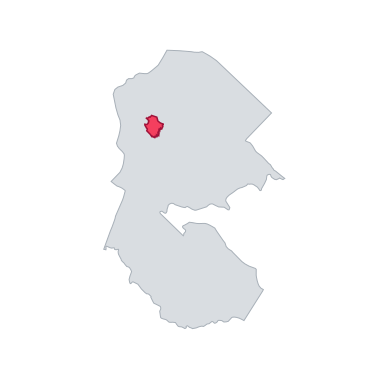 Namwala, Southern, Zambia (highlighted), rotated 134°
{"feature_id": "96606910B54328368707661", "entity_name": "Namwala", "entity_type": "district", "adm_level": 2, "iso_a3": "ZMB", "parent_name": "Zambia", "parent_adm1": "Southern", "projection": "equal_earth", "projection_center": [26.749, -15.957], "detail": "fine", "context": "in_parent", "style": "filled", "palette": "rose", "viewbox_px": 384, "rotation_deg": 134, "n_neighbors": 0, "source": "geoboundaries", "source_scale": "gbopen_adm2", "svg_char_len": 6553}
<svg xmlns="http://www.w3.org/2000/svg" viewBox="0 0 384 384"><g transform="rotate(134 192 192)"><path d="M240.6,257.5L227.9,257.5L223.3,258.9L219.5,260.9L215.0,264.1L212.4,266.3L211.7,267.5L211.3,270.3L211.3,274.4L210.8,277.5L209.4,280.2L202.6,283.6L198.1,286.3L193.7,289.5L190.3,293.7L188.0,298.8L184.3,305.2L176.4,316.6L171.8,318.7L168.0,318.2L163.4,315.8L159.7,315.4L157.0,316.8L154.5,316.4L152.2,314.0L150.2,313.1L148.7,313.8L146.7,313.7L143.0,312.4L139.8,308.3L138.1,306.6L136.8,306.0L133.0,305.3L124.3,304.4L115.3,306.4L107.4,308.5L99.3,299.4L91.5,289.9L89.8,287.4L86.9,284.2L84.7,282.7L83.9,281.9L81.7,273.3L80.5,265.5L79.9,189.7L115.6,189.7L117.9,189.3L118.0,188.5L116.3,184.5L116.4,183.0L116.8,180.3L118.4,174.8L118.5,172.9L117.7,166.9L117.8,163.6L118.2,156.8L117.9,154.5L118.8,151.4L119.0,149.4L119.4,148.5L118.9,146.2L118.2,138.1L117.8,134.7L119.9,135.2L120.6,136.9L121.1,138.7L122.0,138.8L124.6,139.9L125.5,141.4L126.1,144.6L125.7,146.3L124.9,147.6L125.7,148.8L127.4,149.6L128.4,149.4L131.3,147.2L133.9,146.3L135.3,145.8L141.2,144.3L142.4,143.5L143.2,143.5L143.8,144.2L143.3,146.5L143.1,148.5L143.8,152.3L144.4,154.1L145.6,155.4L146.5,156.1L147.5,157.5L149.5,157.3L154.1,159.2L155.4,160.1L157.4,161.0L158.7,161.4L163.4,162.1L168.3,163.1L170.9,163.2L172.7,163.0L173.9,162.4L174.7,161.8L175.1,161.3L176.9,154.0L177.9,153.4L179.1,153.0L179.8,153.7L180.6,158.3L184.2,162.4L185.4,165.9L186.3,168.9L187.0,169.7L188.4,170.7L190.5,171.1L192.5,171.2L202.0,176.3L203.1,177.2L204.3,179.9L205.0,183.0L205.7,185.4L206.9,185.9L208.0,186.1L209.1,187.7L210.0,189.2L212.8,195.2L213.2,197.5L214.5,199.1L216.4,199.8L218.1,199.9L219.1,199.2L221.6,198.0L223.5,196.5L224.9,196.1L225.7,196.3L226.3,197.3L226.7,200.3L228.1,201.3L229.1,200.9L229.5,199.8L229.5,199.2L229.6,167.9L228.7,168.1L227.6,169.0L225.1,169.1L224.1,169.8L223.8,170.8L224.0,172.1L224.0,173.8L223.6,174.7L222.5,175.0L220.9,174.3L218.0,173.4L215.6,172.9L213.8,170.5L211.5,167.0L210.0,165.2L206.2,161.5L205.6,160.8L204.5,159.0L203.5,156.1L202.6,152.7L202.1,150.5L203.0,147.2L205.2,136.3L205.7,132.9L207.5,129.5L207.7,126.4L206.9,122.5L207.1,120.3L207.4,107.8L206.9,103.9L205.7,99.5L203.0,93.4L203.0,92.1L207.2,88.1L208.4,86.6L210.6,83.4L212.1,80.7L213.0,78.5L213.3,75.6L212.6,72.9L214.1,72.4L248.4,65.3L248.9,67.2L249.9,70.3L251.1,72.6L252.5,74.6L253.8,75.8L254.6,76.2L259.9,76.1L261.8,77.3L263.4,78.8L263.8,81.2L264.9,82.7L266.1,83.9L266.6,84.0L267.5,83.7L268.9,83.7L270.2,84.2L270.8,84.8L270.8,86.8L271.2,87.7L273.0,88.0L274.8,88.2L276.6,89.5L278.5,89.8L280.7,90.3L281.7,91.8L284.0,93.3L286.9,94.6L290.0,96.8L290.1,97.5L290.6,98.8L291.1,99.7L291.2,101.1L291.4,102.4L292.2,102.7L292.9,102.8L293.5,101.9L294.4,101.9L295.3,102.5L295.6,104.0L296.3,105.9L297.5,107.3L298.2,108.6L297.9,111.0L297.4,113.2L299.0,115.3L301.0,117.3L301.6,118.2L301.7,121.3L302.0,122.3L303.4,124.8L304.1,126.5L304.0,127.5L300.2,132.4L297.9,133.2L296.9,134.2L296.3,135.3L297.8,140.2L298.5,142.1L297.8,144.5L296.3,148.5L295.6,148.8L295.5,151.9L295.9,153.0L296.7,153.8L297.0,155.9L296.9,161.0L295.9,166.8L297.5,171.8L298.1,172.4L300.4,172.4L300.8,172.8L300.2,174.3L298.6,176.5L295.6,178.2L291.3,180.1L290.4,182.0L289.8,184.6L290.3,186.2L290.9,187.1L290.7,189.4L290.3,191.8L290.4,193.7L290.2,195.4L289.6,196.3L288.8,198.8L287.9,201.4L287.2,202.6L286.1,203.8L284.4,204.8L284.4,205.3L286.3,206.5L286.8,207.4L287.0,207.9L286.2,209.2L287.0,210.0L288.1,210.7L289.1,212.4L290.2,215.6L290.5,215.9L290.8,216.0L291.4,215.6L292.6,214.3L293.4,213.8L294.5,215.7L276.6,223.7L272.5,225.3L266.2,228.1L264.2,229.1L262.6,230.2L246.0,236.4L243.4,237.6L237.6,240.8L237.4,241.3L237.5,242.7L238.0,245.7L239.0,248.4L239.8,250.0L240.3,254.0L240.6,257.5Z" fill="#d9dde1" stroke="#a8b0b8" stroke-width="1"/><path d="M176.0,273.0L176.6,272.4L177.0,271.2L177.1,270.9L177.1,270.6L177.2,270.4L177.2,270.1L177.3,269.9L177.3,269.7L177.5,269.6L177.6,269.4L177.6,269.2L177.6,268.9L177.6,268.7L177.6,268.2L177.7,267.9L178.0,267.7L179.4,267.1L179.5,263.5L179.5,262.4L180.0,259.9L179.9,259.9L179.9,259.6L179.7,259.3L179.8,259.2L179.6,259.1L179.7,258.9L179.6,259.0L179.6,258.9L179.6,258.7L179.4,258.5L179.4,258.4L179.2,258.4L179.2,258.5L179.1,258.4L179.1,258.2L179.0,257.9L179.1,257.7L179.0,257.4L179.0,257.1L178.9,257.1L178.8,256.9L178.7,256.7L178.6,256.8L178.5,257.0L178.4,257.1L178.2,257.2L177.9,256.9L177.8,256.7L177.7,256.7L177.6,256.8L177.6,256.6L177.6,256.4L177.4,256.3L177.2,256.1L176.8,256.4L176.6,256.4L176.5,256.5L176.4,256.4L176.2,256.3L176.0,256.6L175.9,256.8L175.7,257.0L175.7,256.9L175.5,256.7L175.5,256.4L175.4,256.4L175.5,256.3L175.5,256.2L175.4,256.1L175.3,255.8L175.4,255.6L175.1,255.7L174.9,255.5L174.9,255.8L174.7,255.8L174.7,255.7L174.4,255.6L174.2,255.6L174.1,255.8L173.9,255.7L173.8,255.9L173.7,255.9L173.5,256.0L173.2,256.1L173.0,256.4L172.9,256.5L173.0,256.5L173.0,256.8L172.9,256.8L172.8,256.6L172.7,256.7L172.7,256.8L172.8,256.9L172.7,256.9L172.5,256.7L172.4,256.7L172.4,256.8L172.6,257.0L172.7,257.4L172.8,257.7L172.8,257.9L172.6,258.0L172.3,258.0L172.1,258.1L171.8,258.0L171.5,258.2L171.4,258.2L171.2,258.1L171.0,258.3L170.9,258.4L170.7,258.5L170.5,258.4L170.4,258.3L170.3,258.2L170.3,257.9L170.2,258.0L170.3,258.5L170.2,258.7L170.0,258.3L169.8,258.2L169.7,258.2L169.7,258.3L169.8,258.5L169.8,258.8L169.7,258.8L169.5,259.1L169.4,259.2L169.3,258.9L169.2,258.9L169.1,258.6L169.1,258.4L168.9,258.3L168.7,258.4L168.5,258.8L168.2,258.9L168.1,259.0L167.9,259.1L167.9,258.6L167.9,258.2L167.9,257.9L167.9,257.6L167.7,257.5L167.3,257.8L167.2,257.9L166.7,257.9L166.6,258.0L166.4,258.2L166.2,258.2L165.9,258.2L165.4,258.3L165.4,258.5L165.1,258.6L164.9,258.8L165.0,259.0L164.7,259.3L164.4,259.4L164.4,259.5L164.5,259.6L164.4,259.7L164.2,259.8L164.0,259.7L163.8,259.7L163.4,259.6L163.2,259.8L163.1,260.0L163.3,260.5L163.5,260.8L163.7,261.1L163.8,261.4L163.9,261.7L164.1,262.1L164.2,262.4L164.2,262.6L164.4,262.9L164.5,263.6L164.5,264.4L164.6,265.3L164.6,265.7L164.6,266.0L164.5,266.4L164.3,266.6L164.1,266.7L163.0,268.6L162.6,269.3L165.0,274.3L166.7,274.1L166.8,274.1L167.0,274.1L167.1,274.3L167.3,274.3L167.3,274.5L167.5,274.5L167.8,274.8L168.0,275.0L168.3,275.0L168.5,275.0L168.8,275.1L169.0,275.1L169.3,275.1L169.5,275.1L169.7,275.3L169.8,275.3L170.0,275.4L170.3,275.5L170.4,275.4L170.4,275.5L170.5,275.4L170.6,275.5L170.6,275.4L170.6,275.5L170.6,275.3L170.7,273.0L170.7,272.8L170.9,272.6L171.0,272.5L171.0,272.4L171.3,272.3L171.3,272.2L171.5,272.0L171.7,271.9L171.8,271.9L172.0,271.9L172.1,271.7L172.3,271.6L172.5,271.6L172.6,271.4L172.8,271.3L173.0,271.3L174.8,271.3L176.0,273.0Z" fill="#f43f5e" stroke="#9f1239" stroke-width="1.5"/></g></svg>